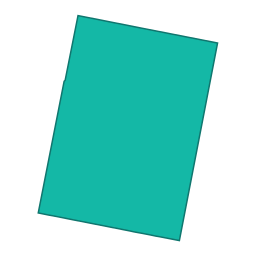 outline of Gage, Nebraska, United States of America, rotated 11°
{"feature_id": "52423323B4603468379444", "entity_name": "Gage", "entity_type": "district", "adm_level": 2, "iso_a3": "USA", "parent_name": "United States of America", "parent_adm1": "Nebraska", "projection": "robinson", "projection_center": [-96.689, 40.262], "detail": "fine", "context": "isolated", "style": "filled", "palette": "teal", "viewbox_px": 256, "rotation_deg": 11, "n_neighbors": 0, "source": "geoboundaries", "source_scale": "gbopen_adm2", "svg_char_len": 455}
<svg xmlns="http://www.w3.org/2000/svg" viewBox="0 0 256 256"><g transform="rotate(11 128 128)"><path d="M91.3,228.6L149.5,228.7L153.3,228.8L155.0,228.8L162.4,228.7L162.7,228.7L165.8,228.7L170.0,228.7L176.0,228.8L179.7,228.7L197.9,228.7L198.6,228.7L199.9,228.7L199.8,128.0L199.7,27.5L122.6,27.4L57.5,27.2L57.2,93.2L56.4,94.3L56.1,228.5L67.6,228.6L68.3,228.5L69.3,228.6L69.7,228.5L91.3,228.6Z" fill="#14b8a6" stroke="#0f766e" stroke-width="1.5"/></g></svg>